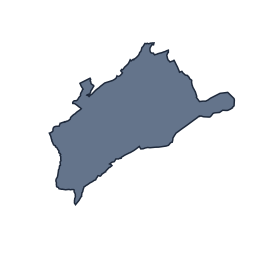 the district of Bradesti, Harghita, Romania, rotated 41°
{"feature_id": "2599482B17231771008992", "entity_name": "Bradesti", "entity_type": "district", "adm_level": 2, "iso_a3": "ROU", "parent_name": "Romania", "parent_adm1": "Harghita", "projection": "mercator", "projection_center": [25.354, 46.351], "detail": "fine", "context": "isolated", "style": "filled", "palette": "slate", "viewbox_px": 256, "rotation_deg": 41, "n_neighbors": 0, "source": "geoboundaries", "source_scale": "gbopen_adm2", "svg_char_len": 5588}
<svg xmlns="http://www.w3.org/2000/svg" viewBox="0 0 256 256"><g transform="rotate(41 128 128)"><path d="M138.7,220.3L138.5,214.6L138.2,213.3L137.7,210.6L137.8,209.9L137.4,209.6L136.4,208.1L135.7,207.1L135.7,206.5L135.6,205.8L135.3,205.3L134.3,203.4L133.4,201.0L133.8,200.4L133.9,199.9L134.1,198.6L134.4,198.1L134.9,196.2L135.0,195.8L135.2,194.7L136.5,191.3L136.6,190.2L137.1,189.4L137.6,188.3L137.4,187.5L137.1,186.8L137.0,185.1L136.7,184.2L136.7,183.6L137.4,183.1L138.0,182.9L138.5,182.7L138.8,182.1L138.8,181.3L138.5,179.8L138.8,179.5L138.9,178.6L139.3,177.4L139.2,177.3L139.3,176.7L139.9,175.8L139.8,175.6L139.7,175.5L139.5,174.8L139.7,170.2L140.1,169.7L140.6,166.9L139.8,166.8L139.1,166.8L137.7,167.2L137.8,166.8L137.8,166.7L138.3,164.6L138.4,164.2L139.0,163.4L139.5,162.8L139.7,162.3L139.5,161.0L139.2,159.3L140.4,158.2L141.2,157.6L141.4,156.9L141.6,156.3L142.4,155.8L142.6,155.4L142.7,155.2L142.3,154.9L142.2,154.7L142.3,154.1L142.7,153.0L143.2,151.1L144.0,149.1L144.7,147.5L145.2,146.2L145.9,144.9L146.4,143.3L146.8,142.3L147.3,140.7L147.9,138.2L148.6,134.5L151.4,135.4L153.1,133.7L154.1,131.8L155.6,129.8L157.5,128.5L161.4,124.4L163.7,122.3L167.6,117.8L168.7,116.5L169.2,115.6L169.8,114.7L169.9,114.2L169.8,111.5L170.2,110.2L170.7,109.7L170.5,109.3L169.7,107.8L168.5,106.1L168.3,104.9L168.0,103.3L167.6,100.4L167.9,99.0L168.3,97.4L169.0,94.1L170.6,87.5L171.5,83.5L172.1,80.8L172.5,79.0L173.1,76.5L173.5,74.7L173.9,72.3L174.4,72.4L174.7,71.8L174.9,71.5L175.1,71.1L175.7,70.8L176.3,70.6L176.9,70.3L177.4,70.1L178.5,69.3L182.2,66.4L182.6,65.9L182.7,65.5L182.8,64.4L182.7,62.6L182.6,61.2L183.4,59.8L186.9,56.2L187.8,52.5L190.4,50.5L191.7,49.3L191.8,49.0L192.4,47.7L192.9,46.6L193.6,44.3L193.3,44.0L193.5,41.7L191.4,39.0L190.1,37.3L189.3,36.6L188.6,36.2L179.9,35.7L174.7,41.5L170.7,51.4L170.0,54.4L169.8,54.9L169.0,56.8L167.0,58.5L164.6,61.1L164.0,61.0L159.5,60.0L159.1,59.0L155.0,56.5L153.8,56.1L152.9,55.7L150.1,54.7L149.1,54.0L148.4,53.7L147.1,52.7L146.0,51.8L144.8,50.2L143.5,50.2L142.3,50.4L140.6,49.6L139.5,49.6L138.6,49.3L137.8,49.6L137.2,50.2L136.0,50.5L135.0,50.4L134.9,50.4L133.4,50.4L131.5,49.9L130.3,52.1L129.5,51.6L127.2,50.5L125.5,49.6L123.2,48.7L118.7,46.8L118.6,47.1L118.2,46.9L118.0,47.4L118.0,47.9L117.3,48.9L116.4,50.6L114.7,50.4L114.2,50.4L113.5,50.3L112.2,49.6L111.0,48.7L109.7,47.8L109.3,47.2L109.2,46.5L109.0,45.9L108.7,45.4L108.7,45.1L108.9,44.6L108.7,44.2L108.2,43.8L107.9,43.3L107.6,43.0L107.4,42.8L106.6,44.1L106.2,45.1L105.7,46.2L105.2,46.9L104.6,48.0L103.8,49.5L103.1,50.3L102.8,50.8L102.3,51.6L101.8,52.3L101.4,53.3L100.9,54.0L100.5,54.6L100.0,55.4L99.3,55.3L98.1,54.8L97.3,55.5L96.6,55.9L96.2,56.1L95.9,56.1L95.2,56.0L94.3,55.5L93.2,54.6L92.5,53.7L92.0,52.7L91.4,49.5L91.9,49.1L92.7,48.5L92.2,47.5L91.8,46.7L91.2,47.3L90.5,47.9L90.4,48.2L90.2,48.3L90.0,48.5L89.8,48.8L89.4,49.1L89.2,49.4L88.9,49.9L88.8,50.3L88.5,50.6L88.3,50.9L88.0,51.1L87.7,51.2L87.2,51.3L86.9,51.5L86.7,52.2L85.3,53.1L85.8,56.0L85.9,57.4L85.7,57.9L85.7,58.1L87.2,61.1L87.4,62.0L87.3,62.8L87.3,63.3L87.9,64.8L88.2,66.1L88.2,67.4L88.1,69.0L88.0,69.9L87.5,72.0L87.6,72.7L86.9,72.7L86.5,74.2L86.3,75.3L84.9,75.1L85.1,75.8L85.2,76.0L85.5,77.0L85.6,77.6L85.8,78.3L86.0,79.7L85.9,80.7L85.8,82.0L85.5,84.5L85.7,85.8L85.7,87.3L85.6,87.7L85.3,88.0L85.1,88.1L84.8,88.1L85.0,89.6L87.6,90.0L87.8,91.6L87.7,93.1L87.7,93.6L87.5,94.3L87.3,94.7L87.1,95.1L86.7,95.5L85.9,95.9L85.5,95.9L86.3,98.1L86.0,99.9L85.6,101.1L85.3,102.0L84.2,103.9L81.0,109.1L80.8,109.8L80.1,113.4L79.9,114.3L79.6,117.1L79.4,117.7L79.0,119.6L78.8,121.0L78.6,125.5L78.6,125.9L78.4,126.9L78.1,127.7L78.0,129.8L77.3,129.7L76.3,129.8L75.4,130.2L75.4,129.6L75.6,129.3L75.8,129.2L76.0,129.2L76.2,128.9L76.1,128.7L76.1,128.4L76.6,128.3L76.6,128.2L76.8,127.3L76.6,126.7L76.4,126.0L76.4,125.8L76.0,125.0L75.6,124.6L75.4,122.4L75.2,121.4L74.9,120.2L74.9,119.2L74.6,118.7L73.9,118.4L73.3,118.7L71.9,118.7L71.2,118.8L70.4,118.3L69.7,117.6L68.7,117.4L68.1,116.7L68.2,116.1L67.5,115.6L66.7,115.3L62.4,125.8L65.6,127.3L67.6,127.8L68.6,128.2L68.5,128.4L68.5,128.9L69.1,130.5L69.3,131.3L69.3,131.9L69.8,133.3L70.2,134.0L70.9,134.6L71.0,135.5L70.9,136.6L71.1,138.3L71.4,139.4L71.2,141.1L69.8,142.5L69.5,142.9L69.3,144.0L69.6,145.1L70.2,145.7L71.6,144.7L72.4,144.5L75.4,144.2L76.5,144.3L78.6,144.0L80.1,144.1L79.9,145.7L79.6,147.0L79.2,148.4L78.9,149.7L78.7,152.1L78.2,153.5L78.0,154.9L77.8,157.3L77.9,157.9L78.4,158.8L78.6,159.4L78.3,160.9L77.9,162.4L77.4,162.8L76.8,164.4L76.2,165.3L76.0,165.0L75.6,165.8L74.6,167.4L74.0,168.7L73.7,168.9L74.8,171.8L73.7,172.9L72.6,173.9L71.9,174.9L71.5,175.9L71.6,177.0L72.2,178.2L73.1,179.2L73.3,179.8L73.2,180.7L72.8,182.1L72.0,183.5L75.1,184.9L77.3,186.5L77.6,186.6L78.0,186.9L78.5,187.0L78.9,187.7L80.2,188.1L80.7,188.5L81.8,188.9L82.8,189.5L83.9,189.4L84.8,189.0L85.7,189.8L87.2,189.5L89.0,190.2L90.9,190.6L91.9,191.9L93.1,192.1L93.4,191.8L94.5,192.1L94.6,193.2L96.0,193.7L97.7,195.7L98.9,196.7L98.9,197.8L99.2,198.4L100.9,199.9L101.5,200.6L101.1,201.3L101.7,202.4L102.5,203.4L102.9,204.1L102.9,204.9L103.2,205.5L103.9,206.4L106.1,209.9L107.0,211.6L107.1,212.9L107.4,213.9L108.3,215.3L110.1,216.4L110.7,217.4L111.9,218.4L112.3,218.9L113.1,219.1L114.3,218.6L115.4,218.9L115.8,219.1L117.9,217.9L118.7,217.2L119.4,216.8L120.7,216.0L121.2,215.7L121.4,215.6L123.4,213.4L124.0,212.9L125.1,212.4L125.7,211.6L126.2,211.1L127.1,210.3L128.0,210.1L129.0,211.3L129.6,211.7L130.1,211.8L130.6,212.0L131.6,212.6L132.1,212.9L132.4,213.4L133.0,214.0L133.3,214.2L133.8,215.2L133.9,215.4L134.0,216.1L134.6,216.9L135.2,217.9L136.2,219.0L136.7,219.7L138.7,220.3Z" fill="#64748b" stroke="#1e293b" stroke-width="1.5"/></g></svg>